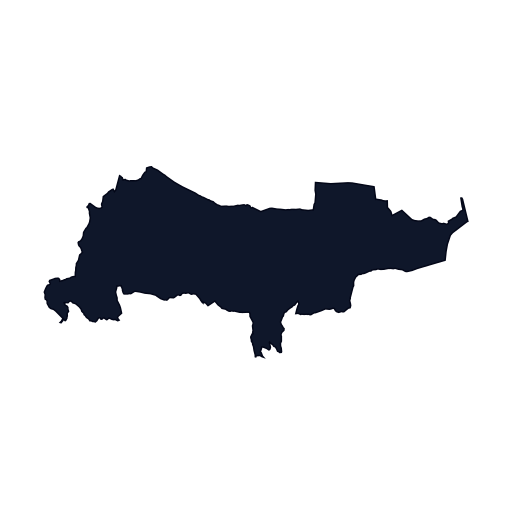 the district of Godeni, Arges, Romania, rotated 263°
{"feature_id": "2599482B53063420338002", "entity_name": "Godeni", "entity_type": "district", "adm_level": 2, "iso_a3": "ROU", "parent_name": "Romania", "parent_adm1": "Arges", "projection": "robinson", "projection_center": [24.972, 45.207], "detail": "fine", "context": "isolated", "style": "filled", "palette": "ink", "viewbox_px": 512, "rotation_deg": 263, "n_neighbors": 0, "source": "geoboundaries", "source_scale": "gbopen_adm2", "svg_char_len": 6046}
<svg xmlns="http://www.w3.org/2000/svg" viewBox="0 0 512 512"><g transform="rotate(263 256 256)"><path d="M228.8,443.2L237.4,445.2L244.5,447.4L252.9,451.4L255.2,453.9L264.4,469.6L264.6,470.5L287.1,467.9L288.5,467.3L288.5,466.4L279.8,466.7L277.2,467.2L276.0,466.5L275.4,464.3L270.3,459.4L269.4,455.9L268.7,455.1L267.1,451.2L265.2,451.2L264.7,450.6L264.2,449.2L265.5,446.2L265.2,444.6L266.5,441.3L269.6,439.1L270.3,438.0L270.8,436.0L273.0,433.7L273.3,432.5L272.3,430.3L272.0,427.6L270.6,424.3L270.9,421.1L271.8,417.7L273.1,415.1L283.5,406.3L279.5,395.9L283.8,395.2L287.4,392.9L287.7,392.3L294.7,393.0L294.8,391.1L295.4,388.7L296.2,387.4L297.6,382.5L297.6,381.7L310.3,381.6L316.7,360.3L317.4,356.2L318.6,339.0L321.7,324.0L313.9,322.7L310.1,322.9L301.6,321.1L300.1,320.0L294.8,318.5L294.8,313.4L296.2,307.3L297.2,305.3L297.3,301.4L297.9,297.2L297.8,294.4L298.1,293.7L298.1,291.0L299.3,286.2L300.0,282.4L301.4,277.8L301.6,275.7L299.6,266.8L299.6,265.9L304.6,258.3L304.3,257.7L304.4,256.7L306.5,256.0L307.8,253.9L307.8,253.0L307.1,252.3L307.1,251.9L307.8,251.3L308.2,250.6L308.3,249.5L308.1,245.4L308.5,244.2L308.0,239.8L308.3,237.7L308.4,235.1L309.1,232.6L309.5,227.3L311.0,225.0L311.2,224.1L313.7,221.2L315.0,220.2L316.4,217.3L317.4,216.3L317.8,215.0L320.5,211.0L321.3,209.3L322.5,207.9L323.1,206.5L325.8,203.4L333.8,191.0L339.3,183.7L345.7,176.7L347.3,175.3L348.5,173.7L353.2,168.7L356.0,164.1L357.3,163.2L357.3,161.1L356.7,158.2L353.0,157.3L352.6,155.9L350.0,153.5L346.7,151.3L346.8,150.4L345.9,148.8L345.5,147.4L345.3,145.8L346.0,140.6L345.8,139.4L347.1,136.3L347.9,135.5L347.7,133.3L349.9,132.8L349.8,132.5L351.5,131.5L352.3,130.4L338.6,124.9L337.1,123.3L339.7,122.3L339.4,121.2L337.6,117.6L336.2,116.2L333.6,111.7L328.8,110.5L326.7,109.2L325.7,109.0L323.2,109.3L322.6,108.3L322.3,107.5L322.3,106.0L322.9,104.1L323.8,102.6L328.3,97.8L328.3,96.9L326.7,96.0L325.2,94.2L324.7,94.4L324.5,95.3L324.3,95.4L320.6,96.2L318.7,95.9L314.0,96.2L310.2,95.1L308.5,94.3L304.7,91.6L304.2,90.7L300.5,87.8L296.9,87.0L294.3,85.5L292.6,84.0L291.9,82.7L291.7,81.7L290.9,81.1L288.6,81.3L287.2,81.9L286.5,82.6L284.4,83.5L283.1,83.6L280.7,84.2L280.2,83.3L279.1,82.2L278.8,81.4L278.2,81.0L273.4,79.3L270.3,76.8L268.7,76.6L266.5,75.8L263.6,75.3L261.7,74.7L257.7,74.1L257.8,72.2L257.5,70.0L256.8,69.1L256.6,67.8L256.5,65.4L255.7,63.8L255.8,63.0L255.2,61.4L254.8,58.1L256.6,58.2L257.8,57.4L258.1,56.8L258.2,53.9L257.8,52.5L256.9,48.3L255.9,47.7L253.9,48.5L253.2,48.2L252.7,47.6L252.4,45.6L251.8,45.0L249.5,43.4L246.0,41.5L243.3,42.1L240.7,41.5L238.8,41.6L238.2,42.5L237.1,43.2L234.3,43.0L230.2,44.6L228.8,46.1L227.7,48.6L225.8,50.5L217.6,56.8L215.0,54.9L213.9,53.5L213.5,54.4L215.3,56.3L216.8,57.5L215.2,58.5L215.1,59.0L215.7,59.6L217.5,60.8L218.6,60.9L219.4,61.4L222.2,61.6L223.9,63.2L226.2,62.8L227.8,63.0L229.2,62.4L230.3,60.8L231.1,60.2L231.8,60.5L232.9,59.7L233.2,60.0L233.0,61.6L232.5,63.7L233.8,65.2L234.0,66.4L233.1,67.6L231.8,68.5L231.0,70.5L230.3,71.5L227.0,74.5L224.5,76.0L222.3,76.4L219.9,78.3L218.8,78.2L217.7,79.3L215.6,80.3L215.3,80.8L213.9,82.3L211.9,83.3L211.8,84.5L210.9,85.9L210.6,87.6L210.1,88.4L211.2,90.1L213.6,92.0L213.9,92.7L213.4,93.9L212.2,94.4L212.1,94.8L212.1,95.4L213.2,97.1L213.1,97.6L211.0,99.9L211.1,100.6L212.2,102.1L212.3,102.8L210.7,105.3L210.1,107.1L210.2,108.4L208.6,110.9L209.0,112.3L210.7,111.3L211.9,111.1L212.9,111.7L215.6,115.6L221.1,115.1L223.8,114.5L228.8,112.7L231.4,113.0L234.1,112.5L237.4,112.2L241.3,113.8L243.1,114.2L243.0,115.9L243.2,117.1L243.0,118.6L242.2,118.5L241.5,118.9L239.3,119.4L238.0,119.3L235.8,119.7L234.5,120.3L234.3,121.3L234.0,124.2L234.2,125.6L233.9,126.7L234.0,127.5L235.6,130.8L235.7,132.1L234.4,136.7L232.7,141.2L231.5,146.6L229.2,152.0L228.6,152.4L225.3,156.2L223.6,159.5L223.5,160.9L223.1,162.1L223.4,162.7L225.2,164.9L225.3,165.4L224.6,169.0L224.9,169.9L227.0,173.4L226.9,174.4L226.2,175.5L226.2,176.5L227.6,177.8L228.0,178.7L228.0,180.3L227.6,181.6L227.8,184.5L226.0,187.0L225.9,187.6L226.2,188.9L225.5,191.7L220.6,195.0L218.5,195.9L216.5,197.0L216.0,197.5L217.2,197.4L216.3,198.6L215.5,200.3L212.6,202.3L216.3,209.7L212.1,212.4L209.7,214.9L208.2,215.8L206.9,219.5L205.8,220.6L204.6,222.4L204.3,223.6L204.6,225.4L204.0,226.6L204.1,227.6L202.2,232.8L201.7,235.7L201.3,240.6L201.1,242.0L200.8,242.6L199.6,243.0L196.8,242.7L190.5,245.1L189.0,244.9L187.1,244.0L182.1,244.0L180.8,243.4L179.2,243.7L179.2,242.8L176.4,241.0L175.4,240.9L173.6,241.2L173.0,241.7L172.3,241.0L169.6,242.1L168.6,241.9L166.4,242.5L162.5,242.6L157.9,243.2L156.1,243.0L155.9,243.5L157.0,244.1L156.8,247.9L155.5,249.4L154.7,251.0L155.9,250.2L159.3,249.4L160.2,248.6L165.1,250.8L164.6,252.3L163.0,255.3L161.2,257.4L161.8,258.4L163.6,259.2L168.7,258.7L169.0,259.0L166.3,261.3L165.9,261.9L164.8,262.3L164.1,262.8L163.4,264.2L161.1,265.2L158.9,265.8L158.3,266.9L157.3,267.8L157.3,269.4L157.9,269.7L161.5,269.8L163.5,269.4L166.3,269.6L168.4,270.8L173.3,271.4L174.4,271.1L175.2,271.3L177.0,272.2L178.8,274.6L180.5,275.0L181.8,274.0L182.8,273.8L184.9,272.7L187.6,272.2L188.5,272.9L192.4,274.9L193.1,275.8L195.7,276.7L196.7,277.9L197.0,279.2L198.8,281.1L200.5,284.1L201.0,285.4L202.0,286.3L202.7,288.4L204.8,290.4L206.1,292.1L204.6,292.6L203.3,292.7L202.6,292.5L201.7,291.7L198.2,290.1L194.0,288.5L194.0,290.8L192.5,293.3L192.8,294.1L192.2,296.6L192.1,299.0L191.8,299.7L191.9,300.7L191.1,302.6L191.1,303.4L192.5,306.5L192.5,308.2L193.8,314.1L195.1,318.5L194.2,322.4L194.3,323.9L194.7,325.5L194.6,326.6L194.4,327.3L192.1,328.2L190.9,329.3L190.0,331.2L190.5,334.1L190.0,335.5L190.0,336.5L193.0,341.2L193.2,343.1L195.2,343.9L196.9,343.9L200.3,343.5L202.4,344.4L202.8,344.3L213.3,348.4L214.6,349.3L217.8,349.6L219.1,350.0L220.2,350.5L223.0,352.4L224.3,354.3L225.3,355.0L225.0,355.8L225.3,356.2L225.0,357.9L225.6,359.3L225.5,360.9L225.9,362.7L227.2,366.7L227.1,368.3L227.9,369.3L228.1,371.3L227.9,373.2L228.4,375.3L227.5,378.2L227.3,381.4L227.6,385.8L227.3,388.5L226.7,390.7L226.9,392.6L225.5,395.8L224.6,399.6L222.7,402.2L222.3,403.1L222.2,404.3L222.7,409.2L224.0,414.4L228.8,443.2Z" fill="#0f172a" stroke="#020617" stroke-width="1.5"/></g></svg>